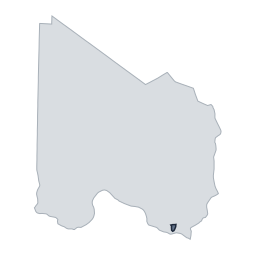 Al Jifarah highlighted on a map of Libya, rotated 183°
{"feature_id": "LBY-2973", "entity_name": "Al Jifarah", "entity_type": "Municipality", "adm_level": 1, "iso_a3": "LBY", "parent_name": "Libya", "parent_adm1": "", "projection": "equal_earth", "projection_center": [13.064, 32.491], "detail": "fine", "context": "in_parent", "style": "filled", "palette": "slate", "viewbox_px": 256, "rotation_deg": 183, "n_neighbors": 0, "source": "natural_earth", "source_scale": "10m", "svg_char_len": 3193}
<svg xmlns="http://www.w3.org/2000/svg" viewBox="0 0 256 256"><g transform="rotate(183 128 128)"><path d="M36.8,65.4L38.2,64.6L40.1,63.7L41.2,63.0L41.6,62.4L43.1,60.0L43.9,58.7L44.9,56.9L45.4,55.6L45.4,54.4L45.3,53.0L44.5,49.7L43.9,46.4L44.4,45.1L44.8,44.5L45.8,43.0L46.1,42.7L48.1,42.2L48.9,41.2L49.5,39.9L49.6,39.2L50.5,38.5L51.5,37.8L52.2,36.9L54.2,35.5L56.1,34.2L58.3,32.9L60.0,31.8L60.4,30.9L60.3,30.1L59.4,28.3L59.5,26.2L59.5,24.4L59.6,23.4L60.0,20.5L60.1,20.1L61.8,21.1L63.6,21.5L68.9,25.0L70.6,25.5L74.4,25.9L78.8,24.4L80.4,24.2L83.3,25.6L84.6,25.9L86.8,26.1L90.4,27.3L91.4,27.7L93.5,29.7L94.6,30.3L102.2,32.2L103.2,33.4L104.3,35.7L104.4,38.6L105.0,40.7L106.0,43.4L107.1,45.4L108.4,47.0L109.9,48.0L113.3,49.5L117.1,50.0L120.9,50.2L127.5,52.3L133.1,54.6L134.5,55.8L137.3,57.0L142.9,62.5L146.1,64.5L148.3,64.9L150.2,64.5L153.6,62.6L155.0,61.4L158.4,56.6L159.5,54.1L159.9,52.3L159.7,50.5L159.2,48.9L158.2,47.2L157.5,45.0L157.0,41.0L157.5,38.2L158.1,36.5L159.1,34.8L161.9,31.6L164.7,29.3L169.7,26.3L172.6,26.3L173.8,25.9L176.2,23.8L177.1,23.8L178.5,24.3L182.5,24.1L184.3,24.7L186.4,26.0L189.1,26.8L191.0,27.7L193.0,28.7L193.6,31.3L193.4,32.1L193.3,33.1L195.5,34.9L201.4,35.7L202.6,36.2L204.3,37.6L205.3,38.0L209.4,38.2L211.7,37.9L214.0,38.4L214.8,38.9L215.7,39.9L216.9,42.6L217.3,43.4L216.9,43.9L216.3,44.8L215.9,45.6L214.9,46.9L214.1,48.4L214.3,50.5L214.5,52.6L215.2,54.7L215.8,57.0L215.8,58.5L215.4,60.3L214.9,61.9L213.3,65.1L213.1,65.9L213.2,66.9L214.4,70.7L214.6,71.9L215.3,75.6L216.1,78.7L216.8,81.0L216.9,81.7L217.1,85.2L217.2,88.7L217.3,92.2L217.5,95.7L217.6,99.2L217.7,102.7L217.9,106.3L218.0,109.8L218.1,113.3L218.2,116.9L218.4,120.4L218.5,123.9L218.6,127.5L218.7,131.0L218.9,134.6L219.0,138.1L219.1,141.7L219.2,145.3L219.4,148.8L219.5,152.4L219.6,156.0L219.7,159.5L219.8,163.1L219.9,166.7L220.0,170.3L220.2,173.9L220.3,177.5L220.4,181.1L220.5,184.7L220.6,188.3L220.7,191.9L220.8,195.5L221.0,203.5L221.3,211.6L221.5,219.6L221.7,227.7L221.6,227.8L218.6,227.8L215.6,227.8L212.6,227.8L209.6,227.8L209.7,229.8L209.7,231.8L209.8,233.9L209.8,235.9L203.9,232.0L198.1,228.2L192.2,224.4L186.4,220.6L180.5,216.7L174.7,212.9L168.8,209.1L163.0,205.3L157.2,201.5L151.4,197.7L145.6,193.8L139.8,190.0L134.0,186.2L128.3,182.5L122.5,178.7L116.7,174.9L112.8,172.3L108.5,174.8L105.2,176.8L100.8,179.4L95.8,182.9L91.9,185.5L91.7,185.5L91.5,185.4L87.5,181.0L84.3,177.5L82.9,176.5L77.0,174.7L71.1,173.0L64.8,171.1L63.7,168.3L62.5,165.1L60.8,161.2L59.8,158.8L59.4,158.4L54.7,156.5L49.7,154.6L46.7,155.7L46.2,155.7L45.4,154.9L44.5,154.0L44.1,152.6L43.0,150.8L41.9,146.7L41.8,143.4L41.6,142.2L39.1,137.6L36.7,133.4L35.2,130.6L34.9,129.3L35.1,127.7L35.7,126.4L38.0,124.7L40.1,122.9L40.4,121.7L40.6,118.2L39.9,117.2L39.4,115.1L39.0,112.4L38.9,110.6L39.9,107.2L41.0,103.5L40.3,99.5L39.9,91.4L40.3,85.0L40.1,82.7L39.9,81.8L39.2,78.8L38.4,75.7L38.1,74.6L37.0,72.1L35.2,69.1L34.3,67.2L35.6,66.2L36.8,65.4Z" fill="#d9dde1" stroke="#a8b0b8" stroke-width="1"/><path d="M80.1,33.3L79.4,33.4L79.0,33.7L77.8,33.9L76.8,33.9L75.1,34.2L75.2,33.0L75.2,31.9L76.0,29.6L76.3,28.9L76.8,27.9L78.0,27.2L79.1,28.2L79.2,29.5L79.4,31.1L79.3,32.2L79.9,33.0L80.1,33.3Z" fill="#64748b" stroke="#1e293b" stroke-width="1.5"/></g></svg>